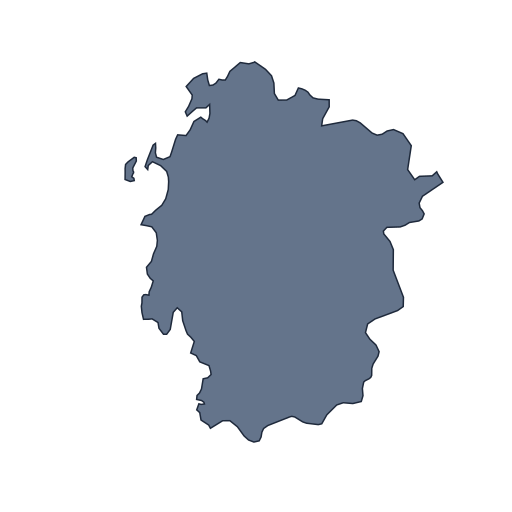 an SVG outline of Var, rotated 115°
{"feature_id": "FRA-5351", "entity_name": "Var", "entity_type": "Metropolitan department", "adm_level": 1, "iso_a3": "FRA", "parent_name": "France", "parent_adm1": "", "projection": "mercator", "projection_center": [6.264, 43.397], "detail": "fine", "context": "isolated", "style": "filled", "palette": "slate", "viewbox_px": 512, "rotation_deg": 115, "n_neighbors": 0, "source": "natural_earth", "source_scale": "10m", "svg_char_len": 2963}
<svg xmlns="http://www.w3.org/2000/svg" viewBox="0 0 512 512"><g transform="rotate(115 256 256)"><path d="M431.4,224.5L429.2,227.4L427.9,236.5L421.7,240.8L420.5,244.7L414.1,245.3L413.7,243.0L412.9,241.7L411.9,240.2L410.5,241.5L410.0,244.3L411.1,249.2L407.3,250.5L404.1,249.3L399.6,249.2L389.6,252.0L386.8,248.3L382.4,246.6L379.5,248.5L375.2,252.3L375.7,262.2L371.5,268.0L371.5,274.2L364.9,275.1L359.5,275.8L357.1,280.9L355.8,285.0L353.2,287.9L345.6,295.1L338.0,299.7L336.2,305.5L342.0,307.2L358.8,302.7L364.7,303.9L366.0,306.8L362.5,313.4L357.7,316.7L356.9,323.6L358.7,326.6L360.9,331.2L355.5,335.4L350.0,338.7L346.8,339.5L341.5,341.9L338.6,341.3L337.5,339.5L336.8,336.5L333.5,337.7L328.6,337.7L322.0,338.6L321.0,342.3L318.3,346.8L312.5,350.5L305.1,348.5L297.4,349.8L289.2,350.0L283.5,352.0L277.1,356.2L273.6,362.8L274.7,367.8L276.2,373.4L267.0,373.4L263.3,369.9L262.4,368.3L257.0,366.3L249.8,362.8L242.3,362.0L232.9,363.6L225.5,366.6L221.5,368.8L217.1,372.7L214.4,380.6L214.3,389.7L219.5,391.9L223.4,390.7L221.9,394.3L214.8,395.1L199.0,396.1L196.4,394.7L200.5,392.5L205.0,390.8L208.5,387.9L207.7,380.8L202.3,375.9L197.4,376.4L184.2,378.2L179.3,378.2L176.4,370.3L169.5,369.0L160.3,369.1L153.5,364.7L154.1,362.5L154.6,358.8L155.4,356.9L150.8,356.8L146.3,358.0L138.2,362.1L142.9,364.0L146.9,372.5L151.5,374.6L158.3,377.5L155.2,381.0L148.8,380.3L140.6,380.5L137.1,381.8L131.9,390.9L121.4,387.6L113.4,381.4L111.1,377.9L116.9,374.1L121.2,370.3L119.3,367.3L116.3,365.4L111.5,364.3L110.8,361.0L109.5,358.2L105.2,357.7L99.7,357.7L87.3,352.0L84.9,343.7L81.1,339.4L80.6,339.2L82.8,326.3L86.1,318.1L91.7,312.9L101.0,308.0L105.3,301.7L101.7,294.1L94.0,288.5L85.8,288.6L85.1,285.0L85.0,281.4L85.6,278.1L87.2,275.4L88.6,271.2L87.6,266.0L83.5,255.7L89.9,252.7L103.4,253.6L110.3,251.5L92.0,225.9L91.0,222.3L91.3,217.8L95.5,202.8L95.3,197.3L92.3,193.1L87.3,190.0L83.3,184.8L83.0,174.5L90.4,161.9L113.6,155.1L119.8,144.4L114.7,141.5L108.9,130.2L103.3,127.8L104.7,126.2L110.2,117.7L131.5,130.4L139.1,130.5L142.9,127.8L144.6,124.3L146.8,121.4L152.2,121.1L155.4,123.2L160.8,131.1L165.1,133.9L168.7,137.6L174.7,149.5L179.6,151.1L182.0,149.5L186.2,140.7L192.2,134.2L210.9,125.7L231.1,104.9L239.6,101.2L245.6,104.6L262.7,121.5L270.4,126.1L279.2,124.4L283.3,117.6L286.0,109.6L290.7,104.0L295.2,103.1L304.4,104.2L308.9,103.6L315.3,100.7L317.5,100.7L319.4,101.6L322.8,104.3L324.7,105.1L331.1,103.6L337.4,100.0L343.4,99.1L348.8,105.9L352.1,114.9L356.9,119.9L370.0,124.7L380.3,125.5L382.5,128.3L386.2,139.6L386.6,143.6L385.5,152.9L386.2,155.8L387.5,157.4L404.6,173.6L409.1,176.2L413.2,176.2L417.9,174.9L422.2,175.0L425.5,179.3L425.9,185.0L424.1,190.8L418.6,200.7L416.3,210.1L419.4,216.6L431.4,224.5L431.4,224.5ZM237.2,399.5L239.1,398.2L241.6,401.4L242.0,407.0L235.8,409.8L232.0,411.6L228.1,412.9L224.7,411.7L218.0,408.1L217.6,406.1L220.5,404.6L228.3,404.9L230.7,403.6L231.6,402.4L232.5,402.1L233.3,402.3L236.7,402.1L237.2,399.5Z" fill="#64748b" stroke="#1e293b" stroke-width="1.5"/></g></svg>